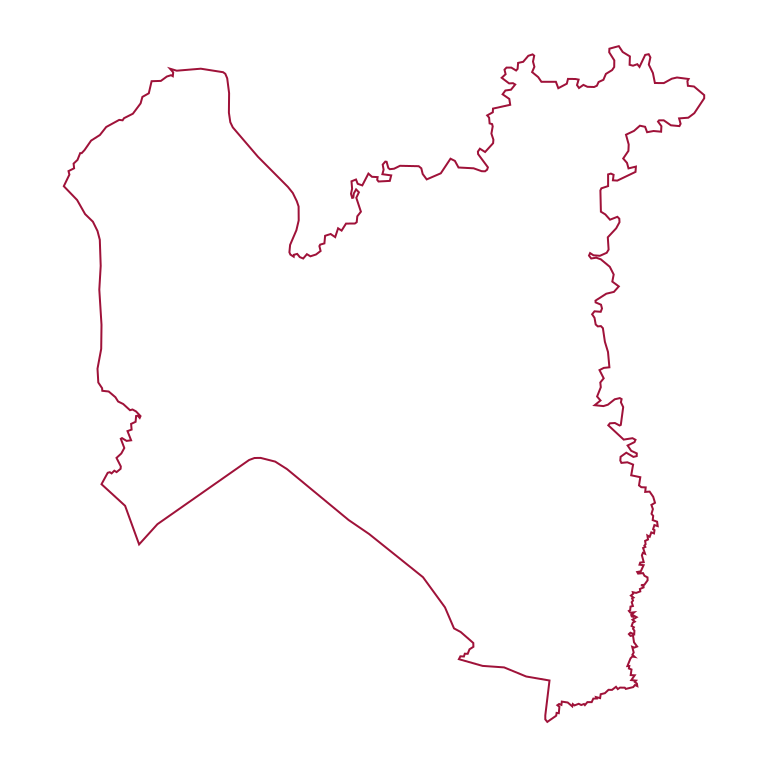 outline of Nam Kliang, Si Sa Ket, Thailand
{"feature_id": "78962969B29534928610541", "entity_name": "Nam Kliang", "entity_type": "district", "adm_level": 2, "iso_a3": "THA", "parent_name": "Thailand", "parent_adm1": "Si Sa Ket", "projection": "mercator", "projection_center": [104.559, 14.911], "detail": "fine", "context": "isolated", "style": "outline", "palette": "rose", "viewbox_px": 768, "rotation_deg": 0, "n_neighbors": 0, "source": "geoboundaries", "source_scale": "gbopen_adm2", "svg_char_len": 6027}
<svg xmlns="http://www.w3.org/2000/svg" viewBox="0 0 768 768"><path d="M657.1,521.7L652.7,520.1L653.2,515.9L651.5,513.8L652.9,509.1L651.4,504.9L655.0,502.8L653.2,496.8L649.6,491.6L645.2,491.9L645.7,487.4L641.3,487.2L639.0,485.4L640.3,477.2L631.2,475.3L633.1,464.6L627.4,462.3L621.4,462.9L620.3,460.5L620.6,456.8L626.3,452.7L633.4,456.9L636.7,456.1L636.8,453.4L631.2,450.8L627.6,445.5L634.5,442.1L635.5,439.8L632.5,438.2L623.7,439.6L608.3,425.3L609.9,423.3L614.9,423.0L619.6,425.5L620.8,424.9L623.2,407.1L620.9,402.3L621.6,399.1L619.8,398.1L614.7,399.3L607.9,404.7L603.4,406.1L594.7,405.2L600.5,400.5L597.1,396.5L600.8,387.2L600.3,382.5L603.7,378.3L599.5,370.1L603.8,367.9L609.4,367.3L608.0,352.0L604.9,341.8L602.9,328.2L600.9,326.1L597.8,326.4L595.7,324.5L594.5,317.8L592.1,314.3L594.5,311.3L600.7,311.8L602.0,308.5L601.0,304.7L595.6,302.4L595.5,300.6L606.3,293.7L613.9,291.9L618.8,286.4L612.3,281.6L613.7,274.5L609.8,266.8L600.8,259.3L596.2,257.7L591.2,258.5L589.0,255.6L590.1,253.1L593.5,255.3L599.9,255.8L606.7,252.8L608.6,249.6L607.8,237.3L616.2,228.3L619.5,222.2L619.3,218.7L617.4,216.8L610.0,219.7L605.3,214.4L600.9,211.7L600.4,190.4L601.4,188.3L608.1,186.1L608.1,174.4L610.9,173.6L613.6,174.8L612.9,180.3L617.3,180.6L635.5,171.9L635.9,166.6L628.5,168.4L627.0,162.9L623.2,158.5L628.4,150.9L628.7,144.5L626.0,134.7L634.0,130.9L639.9,125.7L645.1,126.8L647.1,132.2L653.6,131.0L661.1,131.7L661.4,126.2L658.0,121.6L659.1,120.3L663.7,120.3L670.9,125.3L679.4,126.1L680.6,123.8L679.1,118.4L688.3,117.7L694.3,113.2L704.2,98.3L704.2,95.1L694.0,86.5L687.9,85.8L687.4,81.1L688.6,79.0L677.0,77.5L671.8,78.7L663.8,83.1L654.9,83.0L652.9,73.0L648.8,64.6L650.4,57.4L648.7,54.2L645.2,54.9L639.5,66.9L637.3,64.2L633.0,65.7L629.6,64.8L629.9,56.4L622.7,52.0L618.8,46.1L609.4,48.7L609.2,52.3L614.3,60.4L614.2,67.0L612.1,70.1L605.9,73.9L603.4,79.8L598.6,82.0L596.9,85.7L594.1,87.0L587.4,86.8L583.4,84.9L579.0,88.0L577.0,85.1L578.6,79.6L575.4,79.0L568.0,78.9L566.8,83.7L558.3,88.2L555.9,81.8L541.4,81.8L538.2,77.1L532.1,72.1L534.4,66.8L533.0,61.6L534.2,55.7L532.6,54.4L528.3,55.8L523.2,61.8L518.1,62.9L517.6,68.9L516.1,70.5L511.3,67.6L506.5,67.6L504.5,69.7L505.6,74.2L501.7,77.8L509.1,83.4L513.0,83.2L515.2,84.5L511.0,89.7L505.4,90.5L502.6,94.3L509.3,98.9L510.2,104.8L493.0,108.6L492.8,112.3L487.2,115.4L489.1,117.6L489.6,123.4L492.1,124.1L492.7,126.4L491.4,133.6L493.4,139.7L493.1,143.2L485.1,152.0L479.9,148.7L477.9,151.6L478.1,154.1L487.9,167.3L487.1,169.7L485.0,171.3L481.7,171.2L473.6,168.3L458.5,167.5L454.9,160.9L450.5,158.7L440.8,173.3L426.7,179.4L422.7,174.0L421.3,168.3L418.7,166.2L400.0,165.8L394.1,168.7L389.8,169.2L388.3,167.9L386.6,161.8L385.3,161.6L382.7,164.6L383.6,169.7L382.4,174.2L391.2,175.4L389.8,180.9L378.5,181.5L377.2,179.8L377.6,177.1L372.0,176.8L368.4,173.6L362.3,185.4L357.7,183.8L356.0,179.5L351.5,181.3L352.1,188.7L351.0,193.8L352.2,197.9L353.3,197.6L353.8,193.5L356.1,189.4L358.9,192.3L356.3,197.8L360.9,211.7L357.3,216.3L356.7,222.2L354.9,223.5L346.0,223.6L341.6,230.6L338.1,228.3L335.2,237.1L330.6,234.0L325.1,235.8L324.4,243.4L320.2,244.6L319.4,246.1L320.6,251.0L316.0,254.5L310.4,256.3L306.9,254.2L303.2,258.5L299.8,257.1L297.2,253.9L293.9,254.8L293.7,256.7L290.4,254.6L289.4,252.3L290.1,244.9L296.4,230.2L298.7,220.4L298.6,206.5L296.8,201.2L292.8,193.0L287.9,186.9L257.9,156.7L232.8,127.4L230.3,122.2L228.9,112.7L229.1,93.1L227.2,78.3L225.3,73.8L223.1,72.2L200.8,68.7L176.7,70.7L170.0,68.7L173.2,72.4L172.8,76.2L171.1,75.2L166.9,76.5L160.9,80.9L151.6,81.2L148.8,93.3L142.4,96.9L140.6,103.4L132.9,113.7L124.0,118.2L122.6,120.3L119.2,119.9L106.2,127.0L99.9,135.0L91.1,140.6L84.5,150.1L81.7,153.1L80.2,153.1L77.5,159.9L73.6,163.6L74.1,168.3L68.5,171.1L69.4,174.6L63.8,186.2L77.1,200.0L85.1,214.1L92.9,221.7L97.5,231.0L99.8,239.8L100.7,265.9L99.3,289.7L101.5,324.8L101.2,348.9L97.5,368.7L98.3,382.5L102.1,388.2L102.3,390.8L108.7,391.5L115.4,397.2L118.1,401.5L123.2,404.0L130.0,410.2L132.5,409.5L136.0,411.4L140.5,416.1L139.7,417.9L137.7,415.7L136.1,416.0L135.6,421.8L131.1,423.9L131.6,429.6L127.5,431.1L131.1,440.3L126.6,440.9L122.0,438.1L120.8,438.8L124.3,448.0L121.3,453.5L116.5,457.9L120.8,466.4L120.6,468.8L116.6,472.1L114.3,470.7L111.6,473.4L109.8,472.2L107.7,472.8L101.5,484.2L125.1,505.8L139.1,544.4L157.4,524.2L249.1,460.0L254.5,458.0L260.6,457.9L275.2,461.6L287.0,469.1L348.6,520.0L369.1,534.0L423.0,577.2L445.0,607.4L454.0,628.4L460.7,632.0L473.3,643.0L473.4,646.8L469.5,649.3L467.7,653.8L464.8,653.7L463.9,656.5L460.4,656.3L458.9,659.2L482.6,665.9L504.1,667.4L526.2,676.5L549.5,680.5L545.3,715.3L545.3,719.4L547.3,721.9L556.2,715.7L556.6,712.9L558.8,713.2L559.4,706.8L557.4,705.2L559.1,704.0L561.4,704.9L561.8,701.6L567.7,702.5L572.3,706.4L572.8,704.1L574.5,705.4L578.7,703.8L581.2,705.0L584.0,704.0L584.9,705.1L587.4,702.1L591.7,702.1L593.3,698.6L596.7,698.5L596.1,697.1L600.1,698.1L600.7,694.2L604.9,693.2L608.5,689.8L612.0,689.9L616.0,686.8L617.8,689.1L620.0,687.6L624.8,687.7L625.8,688.9L633.2,687.1L635.0,685.0L637.3,686.1L636.9,683.6L634.8,681.9L636.0,680.6L631.3,680.1L634.7,675.3L630.7,675.1L631.5,669.5L628.9,668.5L629.3,666.0L627.4,666.1L630.5,658.4L632.3,656.5L634.7,656.9L632.4,654.8L633.7,652.5L632.2,646.8L634.2,647.6L637.1,646.5L634.0,642.3L633.0,635.5L630.5,635.9L628.9,634.1L630.4,632.7L634.2,634.3L634.4,630.7L633.0,628.8L633.9,627.3L631.6,626.0L632.8,622.7L634.8,621.6L632.5,619.7L636.6,617.2L633.2,615.3L633.0,616.8L631.8,616.5L631.2,614.9L634.2,612.3L630.4,612.7L628.9,610.9L630.2,610.1L630.5,606.6L632.9,606.0L631.7,602.2L633.0,600.6L632.1,598.4L633.5,597.6L630.9,595.6L633.2,593.7L632.8,592.2L636.1,592.9L640.3,591.4L639.9,589.0L643.6,587.4L643.5,585.9L641.0,585.2L644.4,584.7L647.6,580.3L647.5,577.4L644.5,575.8L643.0,573.1L638.1,573.6L637.2,572.0L640.8,571.3L643.6,565.2L639.5,564.7L640.2,562.6L643.7,562.1L641.9,555.3L642.9,552.8L645.0,553.7L643.1,548.0L645.3,546.9L644.4,545.6L645.6,544.2L645.1,540.9L648.0,539.5L647.4,535.5L649.7,536.8L651.3,532.4L654.0,533.4L654.5,530.1L653.1,529.2L654.4,525.1L657.7,526.1L657.1,521.7Z" fill="none" stroke="#9f1239" stroke-width="2"/></svg>